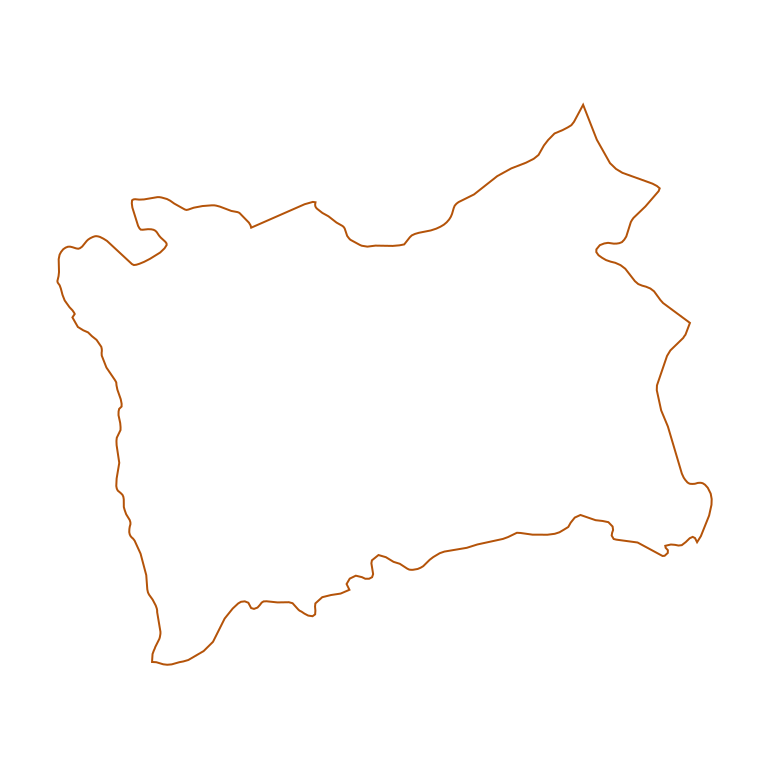 outline of San Pedro, rotated 265°
{"feature_id": "PRY-606", "entity_name": "San Pedro", "entity_type": "Department", "adm_level": 1, "iso_a3": "PRY", "parent_name": "Paraguay", "parent_adm1": "", "projection": "natural_earth1", "projection_center": [-56.605, -24.173], "detail": "fine", "context": "isolated", "style": "outline", "palette": "amber", "viewbox_px": 768, "rotation_deg": 265, "n_neighbors": 0, "source": "natural_earth", "source_scale": "10m", "svg_char_len": 4733}
<svg xmlns="http://www.w3.org/2000/svg" viewBox="0 0 768 768"><g transform="rotate(265 384 384)"><path d="M644.8,606.7L608.8,617.3L584.3,628.4L578.0,633.9L573.6,639.9L560.2,668.9L557.5,673.1L554.9,675.7L552.2,674.4L538.1,659.9L527.7,647.0L525.7,645.3L523.8,644.0L509.8,638.2L506.8,635.9L504.6,633.4L503.8,630.7L503.6,627.8L503.8,625.1L505.1,619.5L504.8,615.6L503.5,611.1L499.6,607.3L496.9,607.0L493.6,608.9L490.7,612.3L488.1,616.0L486.1,620.5L484.6,624.9L481.8,630.0L477.8,634.4L464.6,642.9L461.4,646.0L459.5,649.7L458.1,653.5L455.9,657.7L452.8,661.1L443.5,666.7L440.3,669.1L418.2,694.1L406.8,688.6L405.3,687.2L403.8,686.1L392.5,672.2L387.3,668.4L358.8,655.8L354.1,655.2L333.6,657.8L316.9,663.1L268.8,672.9L264.6,674.4L262.3,675.7L259.5,677.7L258.5,679.0L257.9,680.2L257.6,682.3L257.5,684.3L257.6,685.6L258.1,687.9L258.1,689.4L258.0,690.9L257.4,692.8L255.7,695.0L252.4,697.5L246.3,699.9L240.8,700.4L235.1,699.7L224.6,696.4L204.8,686.4L199.1,682.1L203.4,680.4L204.8,678.2L203.7,675.1L200.2,670.8L197.5,666.6L197.4,663.3L198.4,659.9L199.1,655.8L198.3,650.1L196.3,650.3L193.7,652.3L191.0,652.0L188.4,648.6L188.4,646.5L204.0,622.8L208.7,601.9L209.6,599.3L213.2,597.6L215.9,598.3L218.6,599.5L222.1,599.3L226.8,595.5L228.5,589.8L229.9,582.9L236.4,568.3L234.3,562.4L229.6,557.9L225.5,555.1L223.2,550.5L221.0,545.9L219.9,541.1L219.6,533.7L221.0,518.7L223.7,507.0L224.2,503.4L220.7,494.2L219.3,489.0L216.0,463.0L213.6,452.2L211.8,429.6L210.6,424.8L207.3,418.0L204.9,414.2L199.1,407.2L197.8,404.5L196.8,401.4L196.4,396.7L196.6,394.5L196.9,393.0L198.0,391.1L203.5,384.1L206.0,378.0L211.3,370.8L214.1,363.6L209.4,356.6L206.5,355.8L195.6,356.6L192.6,355.3L191.3,352.2L191.6,348.4L193.5,345.2L195.5,339.2L193.1,332.9L188.0,329.3L182.0,331.6L179.0,322.5L178.4,312.9L177.0,303.9L171.4,296.5L168.3,295.9L164.2,295.9L160.5,295.3L158.9,292.6L159.9,288.3L162.2,284.7L164.4,282.0L165.5,280.2L166.7,279.0L173.6,273.8L174.9,270.2L175.7,258.8L177.8,248.0L177.9,245.1L176.9,243.1L174.6,241.0L172.3,238.5L171.3,234.9L172.4,232.1L177.9,229.8L179.6,226.4L179.5,222.6L178.1,219.6L173.5,213.7L164.2,204.8L142.1,191.2L133.7,181.1L126.1,165.0L125.1,159.9L124.7,155.9L123.2,148.1L123.2,143.6L124.0,139.7L126.7,132.9L127.3,128.7L135.2,129.9L138.8,131.6L140.3,132.5L141.9,133.2L149.7,138.0L151.2,138.6L154.6,139.5L156.6,139.7L176.9,138.1L177.6,138.3L180.0,138.1L183.2,137.3L189.4,134.7L194.6,131.6L196.9,130.7L200.1,130.3L214.3,130.5L236.2,126.7L249.7,121.9L251.9,120.5L253.1,119.3L254.5,118.3L256.3,117.6L258.6,117.3L261.7,117.7L264.1,118.3L266.5,119.2L268.4,119.3L270.7,118.8L276.7,115.8L280.9,114.7L284.1,114.1L291.8,114.7L294.4,114.5L296.4,113.8L298.3,112.2L301.0,109.5L303.0,108.7L305.7,108.4L313.1,109.4L328.5,113.4L346.3,112.3L350.6,112.5L353.7,113.1L361.1,117.5L364.0,117.8L368.1,117.8L376.1,116.8L379.8,117.2L382.3,118.0L384.4,120.6L387.2,120.9L391.8,120.4L401.6,117.9L406.0,117.4L408.9,117.4L411.0,116.5L424.6,108.9L436.9,105.3L439.6,105.4L441.5,105.8L443.4,105.9L445.7,105.6L453.0,101.5L457.1,97.2L461.2,93.7L463.7,89.1L467.5,84.0L477.5,79.4L480.7,82.0L482.0,81.5L484.5,80.1L487.9,77.4L495.0,73.2L500.8,71.5L507.2,70.4L510.6,69.5L513.4,67.8L515.0,67.6L519.8,69.2L523.8,70.0L536.7,70.8L541.1,72.1L543.7,73.8L546.2,76.2L547.6,78.7L548.3,81.1L548.2,83.2L547.4,85.6L545.9,89.2L545.4,91.2L545.8,93.0L547.2,95.3L552.4,100.3L553.6,101.8L554.8,104.0L555.8,106.6L556.3,108.6L556.4,110.0L556.0,111.9L555.3,113.8L553.2,117.2L550.7,120.5L525.4,143.4L524.3,145.2L524.4,147.7L525.1,150.9L526.6,155.7L529.1,161.8L534.5,172.5L538.3,177.2L541.4,179.6L543.0,179.6L544.7,178.6L549.4,174.3L551.5,172.8L555.0,170.9L556.6,169.6L557.7,167.9L558.4,165.6L558.8,162.4L558.7,157.1L559.0,155.1L560.3,154.0L563.0,152.8L581.7,148.7L585.9,148.5L588.9,149.0L589.7,150.4L589.8,152.1L589.0,156.3L588.8,161.0L589.9,174.5L589.7,176.6L589.2,178.6L587.2,183.9L585.3,186.9L582.0,190.8L575.2,200.8L574.6,202.4L574.8,204.2L576.2,209.8L577.1,218.7L577.0,228.1L576.8,230.4L576.3,232.4L575.0,236.0L569.7,247.0L568.0,253.1L567.4,254.3L566.8,255.1L556.5,263.5L553.6,264.9L551.3,265.3L570.0,320.6L571.6,329.0L571.0,331.6L569.1,331.1L568.3,331.0L567.0,331.1L565.7,331.6L564.4,332.6L559.8,337.5L555.9,343.3L549.0,350.7L545.0,356.5L543.8,357.6L542.3,358.4L534.8,360.2L533.3,361.1L531.9,362.0L530.6,363.1L524.7,372.0L523.7,373.8L522.3,379.4L522.6,387.6L520.8,404.7L520.8,411.6L521.3,416.3L527.9,422.5L529.6,424.6L530.8,427.9L531.6,432.0L532.9,444.0L534.2,449.6L535.8,454.0L537.5,457.5L539.6,460.5L542.2,463.2L544.7,465.1L547.5,466.6L553.2,468.8L555.5,470.0L557.3,471.9L558.7,474.1L565.0,490.2L581.2,514.9L587.7,529.6L592.1,544.8L595.3,552.8L598.7,557.9L607.7,564.1L612.8,568.8L618.7,575.7L621.4,584.1L623.6,589.4L625.5,593.2L628.6,596.1L644.8,606.7Z" fill="none" stroke="#b45309" stroke-width="2"/></g></svg>